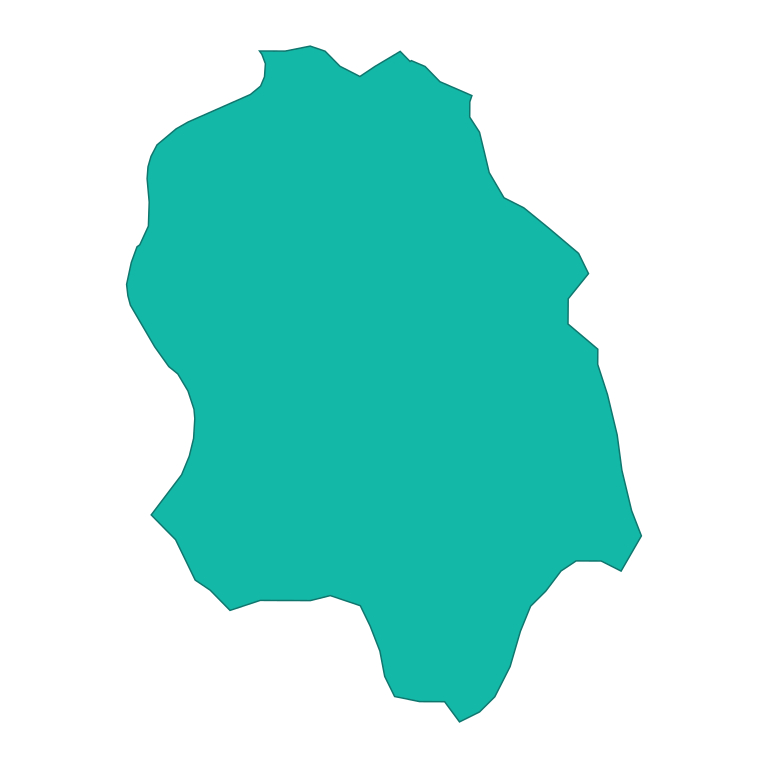 Popdong, Kangwŏn-do, North Korea
{"feature_id": "82179303B73748645094132", "entity_name": "Popdong", "entity_type": "district", "adm_level": 2, "iso_a3": "PRK", "parent_name": "North Korea", "parent_adm1": "Kangwŏn-do", "projection": "robinson", "projection_center": [127.124, 38.996], "detail": "fine", "context": "isolated", "style": "filled", "palette": "teal", "viewbox_px": 768, "rotation_deg": 0, "n_neighbors": 0, "source": "geoboundaries", "source_scale": "gbopen_adm2", "svg_char_len": 1241}
<svg xmlns="http://www.w3.org/2000/svg" viewBox="0 0 768 768"><path d="M597.8,349.2L568.0,324.0L568.2,298.8L588.5,273.6L578.6,253.4L548.8,228.2L523.9,207.9L504.0,197.8L489.2,172.6L484.4,152.4L479.5,132.2L469.7,117.1L469.8,101.9L471.9,95.6L439.9,81.7L425.1,66.5L411.3,60.6L410.1,61.5L400.2,51.4L375.0,66.4L359.9,76.5L340.0,66.3L325.1,51.2L310.2,46.1L285.1,51.1L270.1,51.0L259.5,51.0L261.9,54.4L265.4,63.7L264.5,76.8L260.6,86.1L250.4,94.5L188.1,122.0L176.2,128.8L157.0,144.9L151.0,156.4L148.0,166.8L147.1,178.7L149.2,202.2L148.4,226.1L139.8,244.8L137.0,246.8L131.3,262.5L126.6,284.4L127.9,295.8L130.4,305.2L154.7,346.8L168.8,366.6L177.8,373.9L188.0,391.0L194.0,409.3L194.8,418.6L193.6,438.4L189.3,456.1L181.6,474.8L151.2,514.9L155.7,519.5L165.6,529.6L175.6,539.7L185.4,559.9L195.2,580.1L210.2,590.2L230.0,610.4L260.2,600.4L280.2,600.5L290.2,600.5L310.3,600.6L330.3,595.6L360.3,605.7L370.1,625.9L379.9,651.1L384.7,676.4L394.6,696.5L419.6,701.6L444.6,701.7L459.5,721.9L479.6,711.9L483.0,708.5L494.8,696.8L510.1,666.6L520.4,631.3L530.6,606.2L545.8,591.1L561.0,571.0L576.1,560.9L601.1,561.0L621.1,571.1L641.4,535.9L631.6,510.6L621.9,470.3L617.2,435.0L607.5,394.6L597.7,364.4L597.8,349.2Z" fill="#14b8a6" stroke="#0f766e" stroke-width="1.5"/></svg>